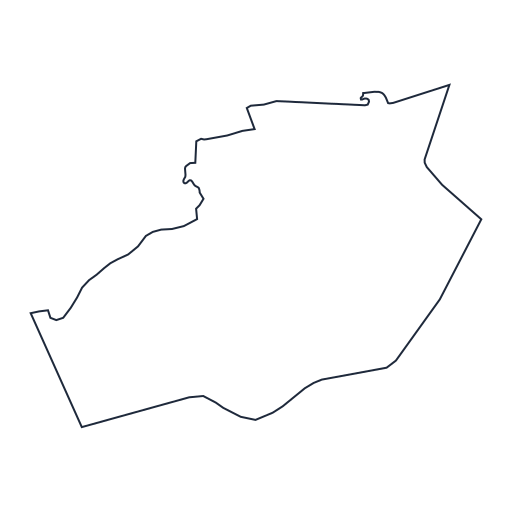 the border of Béchar
{"feature_id": "DZA-2148", "entity_name": "Béchar", "entity_type": "Province", "adm_level": 1, "iso_a3": "DZA", "parent_name": "Algeria", "parent_adm1": "", "projection": "robinson", "projection_center": [-2.712, 30.267], "detail": "fine", "context": "isolated", "style": "outline", "palette": "slate", "viewbox_px": 512, "rotation_deg": 0, "n_neighbors": 0, "source": "natural_earth", "source_scale": "10m", "svg_char_len": 1685}
<svg xmlns="http://www.w3.org/2000/svg" viewBox="0 0 512 512"><path d="M276.4,101.1L286.0,101.5L290.4,101.7L295.4,102.0L300.9,102.2L306.7,102.5L312.8,102.8L318.9,103.1L325.0,103.4L331.0,103.7L336.8,103.9L342.1,104.2L347.0,104.4L351.2,104.6L354.7,104.8L357.4,104.9L359.1,105.0L359.6,105.0L364.9,105.3L367.7,104.6L369.0,101.7L368.7,99.9L367.5,98.9L366.1,98.5L364.7,98.5L362.1,99.5L361.0,99.5L360.7,98.1L361.0,97.6L362.1,96.7L362.5,96.3L363.0,95.4L363.1,94.7L363.1,94.0L363.2,93.0L364.3,93.0L374.2,91.8L378.8,91.9L380.3,92.3L381.6,92.8L382.2,93.1L382.7,93.5L383.5,94.2L384.2,95.0L385.0,96.2L385.9,97.7L388.1,103.1L389.7,103.4L393.2,102.9L449.4,84.9L424.6,159.5L424.7,162.7L426.8,167.1L442.1,184.8L481.3,219.3L439.8,299.4L395.9,360.6L386.6,367.7L321.8,379.6L313.7,382.9L304.9,388.2L282.7,406.3L272.7,412.7L255.5,419.9L240.7,416.8L223.3,407.9L215.8,402.6L203.2,396.0L189.2,397.3L81.8,427.1L30.7,313.2L39.1,311.4L48.0,310.3L50.4,317.8L56.3,320.1L63.2,317.8L70.7,307.9L77.1,297.5L82.1,287.6L89.1,280.1L96.5,274.8L104.4,267.9L110.4,263.2L117.8,259.2L128.1,254.5L138.0,246.4L145.9,235.9L152.8,231.9L161.2,229.6L172.0,229.0L183.8,226.1L197.1,219.1L196.6,213.9L196.1,208.7L199.6,205.2L203.5,198.8L199.7,192.6L199.6,191.0L199.3,189.5L198.7,187.9L197.8,187.2L195.3,185.9L194.1,184.7L192.2,181.6L191.2,180.5L189.9,180.2L188.9,180.7L186.8,182.7L185.6,183.3L184.4,183.2L183.6,182.4L183.3,181.0L183.8,179.4L185.3,176.8L185.5,174.9L185.0,168.6L185.3,167.1L186.2,166.0L190.1,163.1L195.3,162.8L196.3,141.3L201.1,138.8L204.1,139.5L206.7,139.2L227.2,135.5L231.2,134.3L242.3,130.9L254.6,129.1L251.6,121.0L246.8,108.0L250.8,105.7L263.8,104.6L276.4,101.1Z" fill="none" stroke="#1e293b" stroke-width="2"/></svg>